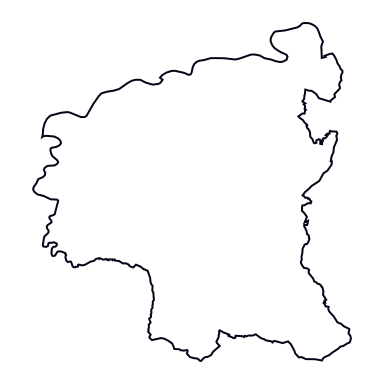 outline of Mica, Cluj, Romania
{"feature_id": "2599482B98044296653209", "entity_name": "Mica", "entity_type": "district", "adm_level": 2, "iso_a3": "ROU", "parent_name": "Romania", "parent_adm1": "Cluj", "projection": "natural_earth1", "projection_center": [23.988, 47.128], "detail": "fine", "context": "isolated", "style": "outline", "palette": "ink", "viewbox_px": 384, "rotation_deg": 0, "n_neighbors": 0, "source": "geoboundaries", "source_scale": "gbopen_adm2", "svg_char_len": 5915}
<svg xmlns="http://www.w3.org/2000/svg" viewBox="0 0 384 384"><path d="M322.0,360.5L323.1,358.3L324.7,357.1L329.0,355.2L333.0,352.1L338.3,348.7L340.4,346.6L343.1,346.0L347.6,343.3L349.8,342.4L350.9,338.7L350.5,336.1L348.7,333.6L348.7,331.8L349.4,329.7L349.2,328.9L343.9,326.3L341.1,323.8L338.5,322.9L337.3,322.1L333.7,316.4L329.1,311.4L328.2,308.6L328.7,307.0L327.6,306.5L325.6,306.4L324.5,303.7L323.6,303.3L323.7,302.8L325.1,302.7L324.8,302.1L325.1,301.8L324.8,301.1L324.4,301.0L324.5,300.6L326.2,299.8L323.2,295.0L323.1,293.1L323.5,291.8L322.4,287.3L321.5,286.8L321.1,285.5L319.3,284.0L317.6,283.8L316.3,282.4L314.2,281.4L313.2,278.6L308.9,273.3L308.6,271.7L309.1,269.9L307.5,268.5L303.7,267.8L303.7,267.3L302.8,266.4L301.1,263.4L301.0,261.5L301.8,259.7L301.5,257.2L302.4,252.5L302.6,248.7L304.5,244.9L305.8,244.0L306.8,244.1L307.9,242.8L309.5,238.9L308.8,237.8L309.1,237.0L308.5,235.1L307.1,234.2L306.4,230.5L305.7,229.5L305.2,227.7L304.2,226.6L304.3,224.9L307.2,225.0L308.0,220.8L304.7,222.4L306.9,216.8L304.0,212.7L302.0,210.9L302.1,206.5L302.4,205.5L304.6,205.2L307.9,203.2L310.7,203.3L311.4,201.7L311.3,201.3L310.3,200.8L309.4,198.6L308.5,198.3L308.0,198.8L307.3,197.7L305.3,197.8L304.2,196.3L302.6,195.5L304.9,192.2L309.8,188.0L311.4,186.1L319.3,180.9L323.5,173.3L327.4,170.7L331.5,164.8L331.9,161.3L330.7,161.1L331.7,156.1L333.4,152.3L333.9,147.3L337.0,140.0L336.3,135.8L337.4,133.2L336.5,131.6L331.6,131.4L330.2,130.8L329.7,131.5L329.6,133.5L326.9,133.8L325.8,135.1L327.6,135.4L326.1,137.5L324.7,138.5L323.6,138.2L322.6,139.1L322.2,140.3L322.9,140.7L322.7,141.5L322.2,141.8L322.0,144.2L320.2,143.8L320.5,141.5L319.7,139.5L318.6,139.2L316.5,140.4L316.2,141.2L316.4,142.8L314.6,143.3L313.7,142.7L312.5,139.3L310.3,136.8L310.0,132.4L308.7,129.5L306.9,127.6L306.5,125.5L307.2,125.3L306.9,124.6L304.7,122.6L302.8,120.0L299.8,117.9L298.4,116.4L301.8,113.9L303.1,113.4L304.4,113.6L304.9,112.3L304.9,110.8L305.9,109.9L304.6,108.8L305.0,108.1L305.1,106.7L304.9,105.8L303.7,104.3L305.3,103.4L302.4,101.4L304.0,99.1L304.4,96.9L304.3,95.8L304.9,94.2L305.3,89.6L309.1,90.7L311.3,90.8L312.7,91.5L316.3,94.1L318.9,98.2L330.4,101.7L330.8,100.4L335.0,97.0L334.4,94.5L334.9,93.6L339.9,88.5L339.8,86.5L339.2,85.8L339.2,84.7L339.8,82.2L341.5,80.4L340.8,77.7L341.4,74.5L342.5,72.5L342.3,70.6L340.4,68.7L340.0,67.1L337.3,62.9L336.5,60.1L334.2,55.7L332.4,53.5L329.1,54.2L324.6,55.8L325.5,57.0L321.8,57.9L321.3,46.1L323.0,41.5L320.7,37.3L318.3,30.6L317.1,28.1L314.9,26.0L311.8,24.2L309.0,23.2L304.1,23.0L302.0,23.6L300.1,25.7L297.3,27.4L285.3,30.4L275.4,31.5L273.8,32.7L271.5,36.5L270.7,38.6L270.7,41.6L272.5,45.7L274.7,48.2L277.1,49.9L280.6,52.1L286.4,54.7L287.5,56.6L286.5,59.9L282.3,61.8L279.6,62.0L275.1,61.0L271.3,59.6L264.5,58.2L259.6,55.4L254.5,54.5L250.9,54.6L239.1,58.7L235.1,59.5L223.9,58.2L210.8,58.1L204.3,60.0L199.5,60.7L196.6,61.9L194.2,64.1L192.6,67.6L191.7,72.2L191.0,74.0L189.8,74.7L188.4,74.8L184.3,72.9L175.0,70.8L171.7,70.9L166.4,72.6L162.3,75.1L160.0,77.7L162.6,79.8L160.3,82.9L158.4,83.9L152.7,84.6L146.0,82.7L140.2,79.8L135.4,79.8L131.7,80.8L127.2,83.3L119.2,89.0L113.9,90.6L107.1,91.7L101.9,93.2L101.0,93.7L98.7,96.2L93.4,103.8L86.5,115.9L84.7,117.0L81.0,117.1L69.5,112.4L66.7,112.1L61.0,112.8L50.4,115.6L47.0,118.8L44.7,123.1L43.2,128.7L42.9,133.8L42.2,137.0L43.1,136.3L46.3,135.8L54.2,136.5L57.8,138.2L59.9,140.1L60.8,141.7L60.9,143.4L59.3,145.4L56.0,147.0L51.5,147.8L50.7,148.6L50.4,150.1L51.0,153.2L52.5,156.3L57.0,160.0L57.9,161.4L58.0,162.5L57.1,163.8L54.7,165.4L47.5,165.9L44.6,167.9L43.9,170.0L45.3,173.0L44.9,175.2L42.9,177.1L38.2,179.2L36.3,183.4L33.8,186.9L33.1,189.2L34.0,191.5L37.4,194.4L43.5,195.9L50.7,199.3L57.2,199.6L58.2,200.9L54.7,214.2L53.8,214.9L49.9,216.2L49.4,216.8L49.4,218.1L51.4,221.0L51.6,222.0L50.8,223.0L47.8,224.9L46.9,226.2L46.8,227.8L48.5,230.6L48.6,232.1L47.5,233.8L45.3,235.5L44.1,237.2L42.9,244.5L42.9,245.8L43.5,246.5L46.1,246.9L47.9,246.0L48.5,243.2L49.4,242.7L52.1,242.8L54.0,242.3L56.5,243.3L56.9,244.8L56.5,245.7L55.4,246.6L53.1,247.0L51.9,248.6L51.4,253.5L52.3,255.7L53.5,256.1L55.1,255.5L57.2,252.0L58.3,251.4L61.2,251.5L64.9,252.9L65.4,253.2L65.4,254.4L66.1,254.9L65.4,257.2L66.2,260.5L67.9,262.1L70.0,261.5L71.1,261.8L72.7,266.5L73.8,267.2L75.2,267.3L75.7,266.7L77.7,266.8L78.2,266.0L78.1,264.8L78.5,264.6L82.2,265.4L84.9,264.8L90.1,261.9L94.3,260.6L95.9,258.9L98.8,258.3L99.2,258.9L99.9,258.2L103.4,259.7L106.3,259.0L107.1,259.9L107.8,259.5L108.6,260.1L108.8,259.4L111.7,259.5L112.5,260.1L112.8,259.5L113.5,259.9L114.6,259.4L115.0,260.6L119.0,261.0L122.8,263.4L125.8,263.3L128.8,264.6L129.3,265.8L130.6,266.6L133.3,267.4L136.0,264.7L140.5,266.6L144.1,269.5L145.0,269.4L145.9,270.2L147.6,270.7L150.1,277.6L150.5,281.8L151.3,284.2L152.6,286.0L152.3,290.6L153.3,292.5L153.9,299.9L152.7,301.9L152.9,303.8L152.3,306.0L152.6,307.5L151.2,309.8L151.4,313.3L150.7,314.6L151.1,315.8L150.9,317.1L149.1,318.7L150.6,322.6L148.8,324.6L148.9,327.9L148.3,329.5L148.6,330.3L148.1,331.6L150.6,334.7L149.4,337.0L149.4,337.7L151.9,340.1L160.8,338.1L164.2,338.6L168.7,341.0L172.2,343.5L173.6,346.6L174.2,348.9L179.5,349.3L180.8,350.3L184.0,350.6L187.1,350.0L187.7,350.8L186.9,353.6L190.0,357.1L194.7,358.3L197.0,358.5L198.4,359.2L199.4,360.5L201.0,361.0L203.9,357.9L205.2,357.2L207.8,356.8L210.7,355.3L211.5,354.5L212.8,352.0L219.7,346.0L216.8,342.8L216.4,341.6L218.6,337.3L218.7,335.0L219.2,333.9L219.1,331.0L219.9,330.3L223.8,332.7L225.0,332.8L226.7,333.8L228.7,334.3L229.9,335.2L228.6,334.8L228.3,335.3L228.6,336.1L229.7,336.1L230.2,336.7L231.6,337.0L233.5,338.2L235.5,337.6L235.3,336.2L235.8,335.7L242.3,336.2L244.1,337.0L244.4,336.1L244.9,335.8L246.5,336.4L248.4,335.5L252.8,335.5L255.8,334.3L260.3,337.7L262.6,338.8L264.3,339.2L265.5,340.2L271.7,341.5L272.1,342.2L272.6,342.5L273.3,341.4L275.0,341.0L282.6,343.1L288.1,341.4L291.1,344.5L294.3,350.7L295.3,353.5L298.9,357.4L301.7,357.1L305.8,359.1L314.9,359.2L322.0,360.5Z" fill="none" stroke="#020617" stroke-width="2"/></svg>